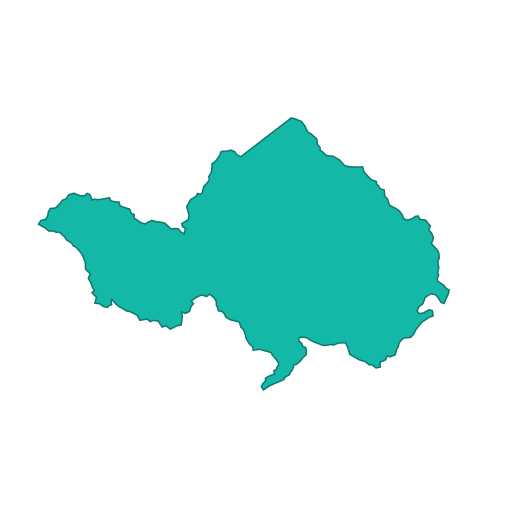 Pantano Grande, Rio Grande do Sul, Brazil (Albers equal-area conic projection), rotated 142°
{"feature_id": "56859067B18096093971388", "entity_name": "Pantano Grande", "entity_type": "district", "adm_level": 2, "iso_a3": "BRA", "parent_name": "Brazil", "parent_adm1": "Rio Grande do Sul", "projection": "albers", "projection_center": [-52.342, -30.265], "detail": "fine", "context": "isolated", "style": "filled", "palette": "teal", "viewbox_px": 512, "rotation_deg": 142, "n_neighbors": 0, "source": "geoboundaries", "source_scale": "gbopen_adm2", "svg_char_len": 3708}
<svg xmlns="http://www.w3.org/2000/svg" viewBox="0 0 512 512"><g transform="rotate(142 256 256)"><path d="M404.6,306.9L402.2,307.3L399.6,306.5L398.6,308.9L396.2,310.7L396.1,305.4L395.3,300.9L393.1,295.8L391.7,292.0L389.8,290.1L388.5,287.7L386.1,282.4L387.1,276.8L380.6,273.3L379.7,269.3L376.7,268.6L373.2,264.9L373.7,257.7L369.9,256.6L368.6,251.1L361.4,249.7L357.3,247.7L351.3,253.7L349.1,257.8L346.8,254.1L342.4,253.3L338.3,256.2L334.8,256.9L334.7,260.2L329.3,260.3L324.3,259.2L322.2,258.2L319.9,254.4L316.1,254.6L314.7,249.1L315.3,244.6L317.3,242.0L318.0,239.4L319.4,236.0L316.8,232.9L316.5,230.2L317.4,226.4L315.7,221.9L313.5,219.1L309.9,214.3L310.9,211.4L311.8,209.0L311.1,206.0L312.9,200.2L314.4,197.8L315.0,193.6L315.3,190.7L314.4,186.6L316.2,183.5L310.8,180.4L303.5,170.6L304.1,168.1L303.9,164.3L303.9,158.7L305.4,156.0L308.1,155.6L309.7,153.8L312.5,154.7L314.0,151.7L317.5,152.7L320.7,153.6L323.7,153.9L325.5,151.7L329.8,151.1L332.3,149.6L332.6,145.9L325.3,145.4L310.0,141.5L307.1,142.7L303.0,141.8L300.3,143.4L297.6,143.7L293.2,146.7L290.5,145.6L285.1,146.0L281.5,147.2L277.6,147.2L274.6,150.1L273.2,153.4L274.9,156.3L273.7,159.1L274.7,162.9L271.9,165.3L266.6,160.9L264.0,153.9L258.9,145.4L257.1,143.2L251.8,140.3L249.7,138.1L244.7,136.7L238.9,132.5L240.4,126.0L242.7,120.9L238.5,110.5L234.9,105.5L233.9,100.8L231.4,98.5L230.4,93.9L226.5,92.0L223.5,95.9L217.8,94.3L214.2,96.6L212.6,94.1L207.2,92.4L202.4,96.0L200.2,96.6L196.9,99.3L192.9,100.4L190.0,100.4L184.3,96.6L180.0,97.3L174.9,99.7L166.1,101.7L157.5,101.1L153.2,99.8L150.7,104.4L152.6,107.0L159.0,108.0L163.0,110.2L162.9,113.6L158.8,115.6L153.8,115.7L148.1,119.2L141.4,118.6L138.6,115.3L138.0,112.4L138.8,105.5L136.9,102.7L134.1,104.5L127.8,107.7L124.7,110.3L126.1,113.2L126.0,117.0L127.5,121.6L128.5,124.6L126.8,127.0L123.8,128.5L123.0,131.5L119.4,133.9L116.2,139.7L112.9,141.6L110.3,145.4L109.4,149.3L110.2,157.7L107.8,159.1L105.0,161.1L103.5,165.8L103.8,170.2L100.0,172.4L100.3,175.9L100.2,179.8L104.2,183.9L103.6,187.8L106.0,189.1L109.7,189.2L113.0,190.4L115.5,191.9L116.5,195.1L115.3,198.9L115.3,203.3L117.0,208.5L118.3,210.8L119.5,214.4L117.2,219.7L117.8,223.7L114.4,229.0L116.8,232.7L116.2,235.5L116.7,238.4L115.3,240.7L118.2,245.1L118.7,249.5L119.1,255.8L117.1,260.6L120.2,262.7L127.4,268.7L130.5,272.5L131.0,280.0L133.9,287.3L138.6,291.6L139.4,296.7L140.3,299.9L138.6,302.3L139.0,306.2L136.0,310.7L137.5,318.5L138.8,321.6L138.4,324.8L137.5,327.8L137.3,334.0L141.0,340.3L143.2,343.1L207.0,343.6L208.9,348.2L208.5,351.3L210.6,354.9L214.8,356.8L217.7,359.1L219.9,359.6L221.8,358.0L227.5,356.1L230.9,355.5L233.6,355.9L239.2,349.7L244.5,347.6L245.7,344.8L248.5,343.9L254.5,342.8L259.3,339.1L261.8,338.7L263.6,341.3L266.2,339.9L272.6,340.7L280.2,337.6L283.8,329.0L287.1,326.4L294.6,327.2L295.9,324.6L294.6,321.1L299.1,317.7L300.5,321.7L300.4,325.1L303.3,327.9L306.3,329.4L307.5,337.7L310.2,341.3L313.4,344.3L316.1,348.1L320.2,349.2L323.4,349.3L326.0,352.8L328.8,361.3L326.4,363.6L328.1,366.1L326.7,371.0L328.7,373.5L332.2,379.1L330.7,382.9L332.8,384.5L336.4,388.7L335.6,392.1L342.2,395.6L345.4,397.3L348.3,400.2L350.6,400.8L349.1,406.7L350.5,409.3L354.2,409.1L357.6,411.9L360.7,417.5L366.1,419.6L370.3,417.9L374.4,419.2L378.1,417.9L380.8,417.9L382.9,417.3L385.2,417.7L388.7,420.0L392.1,418.9L394.4,416.7L397.1,415.1L399.2,414.5L403.8,416.4L407.8,415.0L406.1,410.8L404.7,407.4L403.8,403.1L400.0,400.2L398.9,397.6L396.3,396.0L395.0,388.6L395.4,385.2L393.3,379.8L393.7,376.3L392.4,373.9L392.1,368.7L392.1,363.9L394.4,356.3L398.5,350.4L397.6,344.0L401.9,341.7L402.6,336.6L404.2,332.2L404.6,328.4L407.8,328.1L407.6,324.9L407.1,321.7L412.0,318.0L408.5,314.5L407.5,310.3L404.6,306.9Z" fill="#14b8a6" stroke="#0f766e" stroke-width="1.5"/></g></svg>